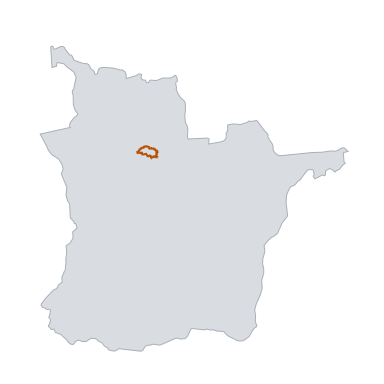 Ngandajika, Kasaï-Oriental, Democratic Republic of the Congo shown in context, rotated 176°
{"feature_id": "63176286B5322857834849", "entity_name": "Ngandajika", "entity_type": "district", "adm_level": 2, "iso_a3": "COD", "parent_name": "Democratic Republic of the Congo", "parent_adm1": "Kasaï-Oriental", "projection": "albers", "projection_center": [24.204, -6.701], "detail": "fine", "context": "in_parent", "style": "outline", "palette": "amber", "viewbox_px": 384, "rotation_deg": 176, "n_neighbors": 0, "source": "geoboundaries", "source_scale": "gbopen_adm2", "svg_char_len": 6639}
<svg xmlns="http://www.w3.org/2000/svg" viewBox="0 0 384 384"><g transform="rotate(176 192 192)"><path d="M339.4,260.4L308.9,264.9L309.5,266.6L309.2,268.4L308.4,269.9L305.3,273.6L300.6,277.1L300.6,277.9L302.9,281.8L304.3,287.2L303.8,296.6L304.4,299.1L304.3,301.1L302.8,303.3L299.6,314.5L301.6,320.0L307.6,325.1L311.0,328.9L316.9,330.4L317.9,330.2L318.3,327.0L323.0,325.9L322.8,345.9L322.4,347.1L321.5,347.3L320.4,346.6L320.1,344.7L318.8,343.9L313.1,346.3L311.6,346.2L310.0,345.8L308.9,344.8L308.5,343.2L304.6,337.4L302.6,336.9L300.4,331.6L291.3,327.7L287.9,327.4L286.1,326.2L284.3,322.0L281.3,319.4L280.6,316.4L280.0,316.0L278.2,316.6L276.6,321.2L274.5,322.3L270.8,322.4L261.5,321.0L254.8,318.6L253.1,318.7L250.4,316.6L249.4,312.9L250.0,310.2L249.5,309.8L239.3,312.1L236.9,313.5L234.6,313.1L233.9,312.4L234.9,310.4L234.4,308.4L233.6,307.4L230.6,306.7L229.7,304.4L227.8,304.1L227.2,304.4L226.8,305.9L225.7,306.5L219.6,305.7L213.3,307.7L204.9,307.2L200.8,309.6L200.3,309.5L199.4,308.3L198.6,304.5L199.0,303.5L200.3,302.7L200.7,301.2L200.2,297.2L200.6,296.3L200.1,294.0L198.8,290.4L197.1,287.4L193.2,283.0L192.5,280.9L192.7,275.9L193.9,268.0L193.8,262.2L192.2,258.4L191.8,254.3L192.8,246.9L191.8,245.1L172.5,244.7L171.6,244.1L171.3,243.1L172.1,238.7L160.3,239.9L156.8,240.8L154.6,242.6L153.9,244.8L153.9,248.0L152.1,251.1L151.7,256.3L148.4,256.9L145.2,256.9L138.9,255.9L132.8,257.4L129.8,258.9L128.2,258.2L122.7,258.8L122.0,258.4L115.6,248.3L112.7,245.0L112.2,243.3L112.4,241.7L111.6,239.6L108.6,234.4L108.0,232.0L108.1,228.2L107.7,226.9L105.0,223.6L103.3,222.6L101.3,222.0L69.7,223.0L59.2,222.6L51.5,223.2L47.7,223.0L46.6,222.6L43.1,223.4L41.3,224.8L38.6,225.6L36.9,225.3L33.5,221.6L37.9,220.8L38.3,220.5L38.3,211.4L37.1,210.1L39.5,208.5L43.3,204.4L47.0,202.9L47.5,202.1L48.3,202.1L49.7,203.7L53.0,205.9L57.0,203.8L57.4,203.3L57.9,199.4L58.9,199.0L60.6,199.8L61.6,199.8L63.3,198.7L68.5,196.6L70.0,199.1L68.7,201.3L69.3,202.9L69.5,205.4L70.4,205.9L74.4,206.1L75.6,205.5L83.5,196.4L85.6,195.4L89.0,191.8L93.5,190.1L95.4,187.2L97.9,182.2L98.9,175.0L98.3,162.5L98.7,160.9L104.0,155.2L109.5,144.9L113.3,142.2L116.1,141.1L120.5,137.3L123.9,133.5L123.4,129.0L124.2,125.3L126.0,120.6L126.6,115.6L125.8,110.3L126.1,106.0L128.6,99.1L128.7,91.2L131.0,84.6L135.6,76.2L137.7,70.0L137.2,63.8L137.8,59.3L137.5,56.7L136.6,54.4L137.1,52.9L138.8,52.3L141.0,50.0L145.0,44.0L149.3,41.0L152.2,40.0L155.4,40.1L157.4,40.6L160.7,42.9L164.5,44.8L167.4,47.1L170.2,50.7L176.9,51.5L179.8,52.8L181.5,53.3L182.2,52.9L183.6,53.1L186.7,54.2L189.3,53.6L201.7,55.9L203.1,54.7L206.5,48.4L209.1,46.3L213.4,46.0L216.7,47.2L218.4,47.2L233.7,41.8L235.7,41.6L241.2,42.9L244.8,42.0L246.3,42.3L249.4,41.4L252.0,37.6L254.1,36.7L276.0,40.8L279.3,38.9L280.9,38.7L285.8,40.1L287.3,42.5L290.2,44.5L292.2,47.8L295.5,49.6L297.1,51.4L299.0,52.6L303.0,53.1L308.1,50.2L311.7,50.5L315.2,52.1L316.5,52.1L319.2,50.4L320.6,48.5L322.0,48.2L324.1,49.0L325.8,50.7L327.3,53.3L332.8,59.0L338.0,61.4L339.3,64.9L341.2,64.6L342.2,64.9L343.5,67.1L344.4,67.6L344.6,68.5L343.3,70.5L342.0,74.5L343.6,76.9L342.2,80.4L341.4,84.1L343.1,85.0L345.3,85.0L347.3,86.9L348.9,87.2L350.5,89.3L350.1,90.9L344.8,96.8L336.9,104.0L334.3,104.9L332.9,106.2L331.9,108.3L329.7,110.1L327.9,110.8L327.7,116.1L325.0,121.5L324.0,122.6L322.5,131.5L322.7,133.1L321.2,140.4L321.4,147.2L317.6,149.3L315.0,152.6L313.8,154.9L313.8,160.5L309.5,163.8L309.2,164.6L310.2,168.5L311.8,169.1L311.8,170.5L315.2,174.7L314.9,187.7L315.0,188.9L316.8,192.0L317.9,197.9L316.5,205.4L321.1,219.1L318.9,224.1L319.9,228.9L322.6,234.0L329.1,239.0L330.8,241.1L332.4,243.8L333.9,248.1L339.4,260.4Z" fill="#d9dde1" stroke="#a8b0b8" stroke-width="1"/><path d="M229.9,229.1L229.7,229.2L229.6,229.3L229.4,229.5L229.2,229.6L228.8,229.7L228.7,229.6L228.6,229.8L228.2,229.7L228.1,229.8L227.9,229.8L227.5,230.0L227.4,230.0L227.2,229.9L227.2,230.0L226.9,229.9L226.8,229.7L226.6,229.7L226.4,229.6L226.1,229.7L225.9,229.7L225.8,229.3L225.7,229.3L225.2,229.7L225.2,229.8L225.3,229.8L225.2,229.9L225.0,229.7L225.0,229.8L225.0,230.1L224.9,230.1L225.0,230.2L225.1,230.5L225.0,230.9L224.9,231.0L224.7,231.2L224.7,231.3L224.7,231.5L224.7,231.8L224.8,231.8L224.7,231.9L224.6,232.2L224.6,232.3L224.5,232.6L224.6,232.8L224.4,232.9L224.2,232.9L224.2,233.1L224.2,233.3L224.2,233.5L224.1,233.8L224.4,233.8L224.5,233.9L224.3,234.0L224.6,234.1L224.8,234.2L224.8,234.3L224.7,234.4L224.4,234.4L224.2,234.7L223.9,235.2L224.0,235.3L224.0,235.6L224.3,235.7L224.5,235.8L224.9,235.8L225.0,235.8L225.2,236.0L225.3,236.3L225.5,236.3L225.6,236.5L226.1,236.5L226.3,236.6L226.3,236.8L226.2,236.9L226.2,237.0L226.1,237.3L226.4,237.4L226.5,237.5L226.8,237.6L226.9,237.8L227.0,238.0L227.3,238.2L227.6,238.1L227.9,238.1L228.2,238.0L228.4,238.0L228.5,237.9L229.0,237.9L229.2,238.2L229.3,238.4L229.5,238.7L229.8,238.6L230.1,238.6L230.4,238.4L230.5,238.3L230.7,238.2L230.8,238.2L231.0,238.2L231.3,238.3L231.5,238.3L231.5,238.5L231.8,238.8L231.9,239.0L232.0,239.1L232.1,239.4L232.1,239.5L232.1,239.8L232.0,240.0L232.3,240.1L232.5,240.2L232.8,240.1L233.0,240.2L233.1,240.3L233.3,240.4L233.5,240.4L233.5,240.5L234.1,240.8L234.2,240.7L234.6,240.8L234.9,240.6L235.2,240.6L235.5,240.7L235.8,240.7L236.1,240.7L236.3,240.7L236.6,240.6L236.9,239.8L236.9,239.7L237.0,239.6L237.2,239.8L237.4,240.0L237.5,240.0L238.6,239.5L239.0,239.5L239.0,239.4L239.0,239.2L239.3,239.0L239.6,239.0L239.8,239.0L239.9,238.9L240.0,238.9L240.0,238.7L240.3,238.6L240.3,238.4L240.5,238.3L240.5,238.2L241.2,238.0L241.3,238.0L241.3,237.9L241.3,237.7L241.6,237.5L241.8,237.2L242.1,237.1L242.3,237.0L242.3,236.8L242.2,236.4L242.4,236.2L242.8,235.8L243.1,235.7L243.4,235.7L243.7,235.7L243.7,235.3L243.7,235.0L243.7,234.9L243.6,234.7L243.4,234.8L243.2,234.8L242.9,234.8L242.6,235.0L242.3,235.0L242.1,235.0L242.0,234.9L241.9,234.9L241.6,234.7L241.5,234.8L241.4,234.8L241.3,234.7L241.1,234.8L240.9,234.8L240.8,234.7L240.7,234.6L240.3,234.3L240.2,234.5L239.8,234.6L239.7,234.7L239.5,234.8L239.2,234.8L239.1,234.7L239.1,234.4L239.2,234.2L239.2,233.9L239.0,233.6L238.8,233.4L238.8,233.2L238.8,232.9L238.6,232.9L238.2,232.9L237.8,232.9L237.5,232.9L237.2,233.0L236.9,233.0L236.7,233.0L236.2,233.1L235.8,233.3L235.6,233.3L235.3,233.3L235.3,233.2L235.0,233.0L234.9,232.8L234.9,232.7L234.7,232.5L234.6,232.4L234.5,232.2L234.3,231.9L234.1,231.6L234.0,231.4L234.0,231.2L234.0,230.9L233.8,230.8L233.4,230.8L233.2,230.7L232.8,230.7L232.7,230.7L232.7,230.9L232.7,231.0L232.4,231.1L232.1,231.1L231.9,231.2L231.8,231.3L231.7,231.3L231.4,231.4L231.1,231.2L230.8,230.8L230.7,230.6L230.5,230.4L230.4,230.4L230.3,230.2L230.5,229.7L230.5,229.4L230.4,229.3L230.2,229.3L230.2,229.2L230.1,228.9L229.9,229.1Z" fill="none" stroke="#b45309" stroke-width="2"/></g></svg>